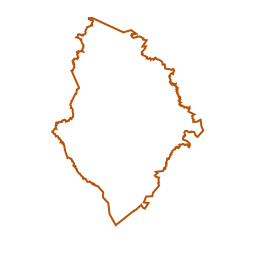 the district of Balleza, Chihuahua, Mexico, rotated 15°
{"feature_id": "50627088B93456517929571", "entity_name": "Balleza", "entity_type": "district", "adm_level": 2, "iso_a3": "MEX", "parent_name": "Mexico", "parent_adm1": "Chihuahua", "projection": "orthographic", "projection_center": [-106.603, 26.712], "detail": "fine", "context": "isolated", "style": "outline", "palette": "amber", "viewbox_px": 256, "rotation_deg": 15, "n_neighbors": 0, "source": "geoboundaries", "source_scale": "gbopen_adm2", "svg_char_len": 5714}
<svg xmlns="http://www.w3.org/2000/svg" viewBox="0 0 256 256"><g transform="rotate(15 128 128)"><path d="M141.3,225.0L155.1,206.4L155.4,206.6L157.1,204.5L160.7,198.8L163.0,201.1L165.1,201.5L167.2,195.2L162.5,195.9L163.3,189.5L169.1,187.6L168.9,184.1L172.9,175.8L172.5,175.5L172.4,174.8L171.4,173.5L172.0,172.8L171.3,171.9L171.3,171.0L170.6,169.5L170.9,167.9L167.3,167.8L166.2,167.0L168.1,164.0L166.3,163.1L173.0,160.5L173.3,157.1L173.5,157.0L174.5,157.7L174.6,157.3L174.2,156.5L174.2,155.8L174.9,154.4L174.3,153.6L174.5,152.2L173.8,152.0L174.0,149.1L173.8,147.4L174.1,147.2L174.3,147.9L174.8,147.9L175.0,147.6L174.6,147.1L174.9,146.6L175.5,146.9L175.5,146.1L176.1,144.4L175.7,142.9L176.8,142.2L176.3,141.5L176.4,140.5L177.0,139.7L176.7,138.8L178.2,136.6L179.1,136.3L178.8,134.6L179.6,133.9L180.4,135.0L180.2,134.0L180.6,133.4L181.3,133.8L182.0,135.2L181.8,134.1L182.1,133.5L182.7,133.3L182.8,132.9L182.4,131.6L181.9,131.2L182.5,130.4L184.0,130.3L184.9,129.3L185.9,129.1L187.1,129.8L189.3,128.4L190.2,129.0L190.8,130.0L191.8,130.8L192.2,129.8L192.0,127.5L190.3,126.2L188.4,125.3L184.2,124.9L183.7,123.2L184.2,122.4L183.8,122.1L183.8,121.6L184.0,121.4L184.2,121.8L184.6,121.8L184.9,120.8L185.3,120.5L183.6,118.0L184.0,116.2L185.3,115.6L186.3,115.6L187.4,116.4L188.9,116.1L189.8,115.3L190.0,115.6L191.7,114.8L193.1,114.8L195.0,117.5L195.7,117.7L196.6,118.6L197.4,118.6L201.3,111.0L198.5,107.3L196.0,101.3L192.8,104.3L190.6,104.9L189.6,104.1L189.7,104.7L189.4,105.0L188.9,103.3L189.3,102.9L187.6,101.9L187.7,101.0L186.8,99.8L188.6,97.7L182.1,96.5L182.4,93.1L181.8,93.1L181.8,92.3L181.1,93.1L180.8,92.7L180.3,92.7L180.0,93.4L179.1,92.7L177.3,93.7L177.1,93.0L176.3,92.7L175.0,92.9L174.5,92.4L173.7,93.0L173.2,92.5L172.2,92.3L172.2,91.8L171.4,91.8L171.4,91.2L172.0,91.1L171.4,90.4L172.2,89.7L171.5,89.5L171.2,88.9L171.0,89.5L170.7,88.7L169.8,88.4L170.2,87.6L171.2,87.1L171.3,86.8L170.6,86.3L170.5,85.4L169.9,85.5L169.9,84.7L169.4,84.9L169.5,85.3L169.3,85.3L168.6,84.5L168.6,83.8L168.2,83.0L167.5,82.8L167.0,81.5L166.5,81.6L166.3,80.6L165.6,80.2L166.0,79.9L165.7,79.5L166.1,79.3L165.7,77.4L165.1,77.6L165.4,76.7L164.5,76.9L163.9,75.9L164.1,75.4L163.1,75.0L162.7,74.5L162.7,74.0L162.1,74.6L161.6,74.1L161.7,73.8L161.1,74.3L161.2,73.5L161.0,73.3L160.2,73.6L160.4,73.9L160.2,74.3L159.1,73.4L158.7,74.4L158.3,74.0L157.9,74.1L157.5,73.5L157.6,71.8L157.0,73.1L156.4,72.7L156.8,71.5L156.7,70.4L155.7,69.4L155.4,68.7L154.9,68.4L154.4,67.3L155.2,66.9L154.9,65.7L155.3,64.6L156.4,63.7L156.9,64.3L157.4,64.3L157.3,63.9L157.6,63.2L157.4,61.8L157.8,60.8L156.7,59.7L156.7,59.3L156.3,59.2L156.2,59.7L155.0,60.7L153.3,60.4L148.6,61.0L147.1,57.1L145.1,57.8L145.0,57.3L144.6,57.2L144.6,56.2L143.6,55.1L140.4,54.0L137.7,54.0L136.5,52.9L135.9,53.3L135.9,54.0L135.0,55.5L134.2,54.7L132.4,55.3L132.2,56.2L131.5,55.6L131.0,54.7L129.5,56.1L129.1,55.7L128.0,55.9L128.0,54.5L123.0,53.7L122.5,53.4L122.0,52.3L122.4,52.1L121.7,51.7L121.7,51.0L124.0,46.6L123.9,45.6L124.2,44.5L120.9,45.6L123.3,38.4L119.7,38.7L119.8,37.5L118.0,37.2L117.5,36.8L115.6,36.6L114.2,37.1L113.4,37.0L113.3,37.5L112.5,37.9L112.2,38.4L109.9,39.5L109.2,39.0L108.4,39.0L107.1,37.7L107.4,36.2L108.4,35.9L108.7,36.4L109.3,35.6L110.3,35.5L111.6,34.8L105.6,32.7L98.8,36.8L65.1,31.0L61.8,31.9L62.0,32.8L62.9,32.7L63.3,33.2L64.1,33.3L65.4,33.1L66.6,33.8L66.0,36.1L66.3,37.4L67.0,38.0L67.0,38.3L66.2,38.6L65.7,38.1L64.7,39.8L62.4,41.2L62.3,42.7L61.7,45.2L61.7,45.8L62.5,47.0L62.5,47.8L62.1,48.6L60.2,49.6L60.3,50.3L59.6,50.0L59.1,50.5L57.3,50.0L56.3,50.2L56.0,50.7L55.6,50.7L55.8,53.1L55.0,53.3L54.7,53.8L55.9,53.6L58.3,54.2L59.4,54.9L59.8,54.7L59.7,55.4L60.5,56.0L61.2,57.4L63.7,59.6L63.5,60.9L64.1,61.6L63.6,63.2L63.7,64.2L63.4,64.6L64.8,65.8L63.7,65.8L63.3,66.1L62.2,66.0L60.9,66.8L60.7,67.7L60.3,67.2L60.2,67.6L59.6,67.4L59.0,67.8L59.6,68.5L60.0,70.4L61.6,72.4L61.7,73.1L61.5,73.6L60.9,73.8L60.9,74.5L58.4,74.8L58.0,75.7L58.0,76.6L57.3,76.8L57.1,77.9L58.2,78.7L58.3,79.4L58.9,79.3L59.2,80.1L58.9,80.5L59.7,80.8L60.0,82.6L60.4,82.9L60.6,83.6L59.7,85.4L59.8,86.6L58.6,87.2L70.4,101.9L69.9,103.0L69.0,103.6L68.7,104.3L69.1,108.4L68.3,108.8L67.9,110.9L67.6,111.3L67.5,113.3L67.1,114.4L67.2,115.5L66.3,116.6L66.8,117.4L66.3,119.6L66.4,120.7L67.0,121.2L67.5,122.3L67.6,123.5L68.3,123.3L69.1,123.6L70.0,125.0L70.1,126.2L71.4,128.6L71.4,129.0L71.9,130.1L71.8,131.1L72.0,131.5L71.2,132.7L71.1,133.7L70.2,133.1L69.7,133.2L69.9,134.2L69.2,134.7L68.9,136.5L68.3,136.4L67.2,137.4L66.5,137.1L66.3,137.7L65.8,137.1L65.1,136.9L65.0,136.4L64.4,136.4L62.8,137.8L62.9,138.9L62.6,139.0L62.5,138.7L62.1,139.3L61.7,139.1L61.5,139.5L59.7,140.1L59.7,140.6L58.7,141.9L58.3,141.8L57.8,141.1L57.4,141.4L57.2,141.8L57.6,142.8L57.6,143.4L58.2,144.0L57.5,144.6L58.5,146.7L58.1,147.1L58.6,147.4L57.7,147.6L57.0,148.5L56.8,149.6L55.9,150.9L55.9,151.6L57.2,152.0L58.0,152.8L59.0,152.6L60.5,154.8L61.4,154.1L62.6,154.3L63.6,156.0L64.5,155.7L64.7,156.5L66.0,156.8L67.1,157.9L67.2,158.3L66.6,158.6L66.6,159.4L67.0,159.3L67.1,158.8L68.5,158.5L68.9,158.8L68.8,160.0L69.2,160.0L69.5,159.6L70.0,159.8L70.2,160.8L70.8,161.3L73.3,166.5L77.4,172.6L78.2,171.9L80.2,172.5L80.8,172.3L81.6,172.7L81.8,173.2L82.5,173.8L82.6,174.6L83.5,174.6L84.3,175.7L85.0,176.2L85.2,176.9L84.9,177.9L85.2,178.8L85.8,178.8L86.4,179.2L86.8,178.4L87.2,178.4L87.9,180.6L89.4,181.2L89.4,181.9L90.2,183.0L90.9,183.2L92.5,184.7L93.5,184.6L94.6,185.8L96.2,186.7L97.0,186.8L97.2,187.8L98.1,188.9L99.0,188.0L100.1,187.9L101.0,189.0L101.6,189.3L101.9,189.9L103.2,190.6L105.1,189.5L106.2,190.3L107.9,190.4L107.9,191.2L108.4,191.6L108.8,191.5L109.5,190.7L109.9,190.8L110.5,191.7L110.4,192.6L110.7,192.0L111.5,191.7L112.3,192.1L113.8,191.9L120.6,196.4L121.9,201.6L128.4,205.6L132.5,216.0L141.3,225.0Z" fill="none" stroke="#b45309" stroke-width="2"/></g></svg>